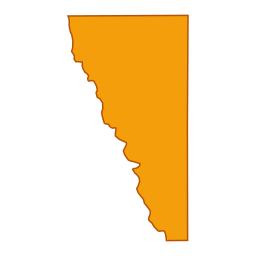 Maverick, Texas, United States of America (Robinson projection)
{"feature_id": "52423323B24944567676343", "entity_name": "Maverick", "entity_type": "district", "adm_level": 2, "iso_a3": "USA", "parent_name": "United States of America", "parent_adm1": "Texas", "projection": "robinson", "projection_center": [-100.434, 28.642], "detail": "fine", "context": "isolated", "style": "filled", "palette": "amber", "viewbox_px": 256, "rotation_deg": 0, "n_neighbors": 0, "source": "geoboundaries", "source_scale": "gbopen_adm2", "svg_char_len": 1205}
<svg xmlns="http://www.w3.org/2000/svg" viewBox="0 0 256 256"><path d="M188.0,15.4L68.0,16.0L69.0,18.7L69.3,22.5L69.1,25.1L69.8,29.2L70.7,32.9L71.2,33.3L71.8,35.1L72.9,40.7L72.6,48.1L71.6,51.5L74.4,55.6L74.3,58.4L74.0,58.9L75.9,61.8L76.9,61.6L82.3,62.1L82.2,65.7L83.0,68.7L84.7,71.9L86.9,73.7L88.6,75.6L87.7,78.7L88.2,80.6L89.1,81.2L91.0,80.5L92.8,80.7L94.1,81.3L96.6,86.4L97.3,90.1L96.1,92.7L97.2,97.2L100.1,99.0L102.6,102.9L102.8,109.0L101.7,111.8L102.1,115.6L104.2,122.8L105.2,123.7L108.7,124.5L109.8,126.6L112.3,128.1L115.7,127.8L116.0,129.1L115.3,134.3L115.6,136.2L119.4,139.4L126.2,142.4L126.5,143.5L126.4,144.7L123.4,150.7L124.7,154.8L128.2,159.9L130.3,160.9L134.0,161.7L139.1,163.4L140.1,164.0L139.4,166.0L137.9,167.3L136.1,168.3L133.2,168.6L132.7,169.6L135.0,173.1L136.4,174.2L138.4,176.6L139.3,178.3L139.6,181.5L139.4,182.3L137.9,186.6L136.7,188.5L137.8,191.8L138.4,193.0L143.0,198.8L143.7,200.0L144.3,202.9L149.9,210.2L150.3,211.4L150.1,214.2L148.6,218.5L148.8,220.0L149.7,221.2L151.6,222.6L154.4,227.1L157.9,230.7L159.0,231.2L163.0,230.8L163.9,230.9L164.6,231.7L165.2,233.0L166.1,237.2L166.4,240.6L187.6,240.4L187.4,126.3L188.0,15.4Z" fill="#f59e0b" stroke="#b45309" stroke-width="1.5"/></svg>